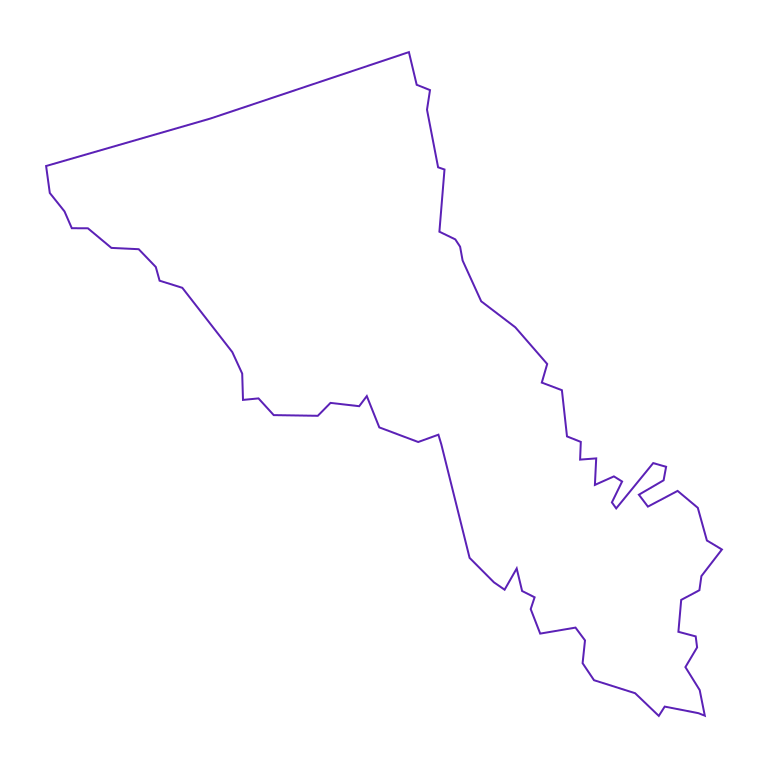 outline of Bryan, Georgia, United States of America
{"feature_id": "52423323B43145970536326", "entity_name": "Bryan", "entity_type": "district", "adm_level": 2, "iso_a3": "USA", "parent_name": "United States of America", "parent_adm1": "Georgia", "projection": "natural_earth1", "projection_center": [-81.366, 31.984], "detail": "fine", "context": "isolated", "style": "outline", "palette": "violet", "viewbox_px": 768, "rotation_deg": 0, "n_neighbors": 0, "source": "geoboundaries", "source_scale": "gbopen_adm2", "svg_char_len": 1115}
<svg xmlns="http://www.w3.org/2000/svg" viewBox="0 0 768 768"><path d="M658.8,715.9L664.7,706.6L698.5,713.2L704.8,715.7L699.7,690.1L685.4,667.1L697.1,647.4L695.7,636.4L678.4,631.8L681.2,599.9L699.4,590.2L701.4,576.1L721.9,549.5L706.9,540.5L697.8,507.8L677.6,490.9L647.9,506.6L638.9,494.7L663.6,480.3L666.1,466.8L653.2,463.1L616.2,508.4L611.9,502.4L622.1,481.5L613.9,476.4L594.9,484.9L596.2,458.4L580.1,459.6L580.8,441.9L567.0,436.4L561.9,390.2L541.8,382.6L547.2,364.0L515.3,327.3L481.2,301.3L462.6,260.5L460.1,246.7L455.3,239.4L439.4,231.7L444.5,169.5L438.1,167.3L427.0,109.7L430.0,90.1L416.7,84.8L408.9,52.1L210.2,118.6L46.1,166.0L49.8,193.0L64.5,211.4L71.8,228.2L87.9,228.3L111.4,247.9L138.7,249.2L155.8,267.0L159.6,280.7L182.3,287.8L232.3,352.1L242.2,373.6L243.0,399.9L258.5,398.4L273.7,415.1L317.8,415.8L330.5,402.9L359.2,406.2L366.8,396.1L379.3,427.4L418.2,442.0L438.4,434.7L441.3,444.3L469.6,557.9L493.9,582.3L504.6,589.7L516.7,568.5L522.1,591.0L534.6,597.3L530.7,609.1L540.2,633.6L575.5,627.6L585.0,640.4L582.6,663.2L594.0,680.2L635.1,693.2L658.8,715.9Z" fill="none" stroke="#5b21b6" stroke-width="2"/></svg>